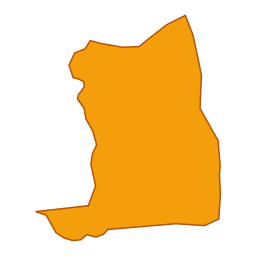 outline of Mityana
{"feature_id": "UGA-3094", "entity_name": "Mityana", "entity_type": "County", "adm_level": 1, "iso_a3": "UGA", "parent_name": "Uganda", "parent_adm1": "", "projection": "robinson", "projection_center": [32.026, 0.462], "detail": "fine", "context": "isolated", "style": "filled", "palette": "amber", "viewbox_px": 256, "rotation_deg": 0, "n_neighbors": 0, "source": "natural_earth", "source_scale": "10m", "svg_char_len": 672}
<svg xmlns="http://www.w3.org/2000/svg" viewBox="0 0 256 256"><path d="M122.4,47.2L139.1,46.6L147.1,40.0L167.1,24.5L185.3,15.4L193.0,35.2L198.9,62.8L201.4,75.4L200.0,108.4L218.1,140.7L220.2,165.8L219.4,175.0L220.4,193.4L218.8,219.0L204.7,225.6L175.6,223.7L167.8,224.4L116.6,228.7L107.9,229.4L103.5,234.3L96.0,237.1L86.8,234.7L80.8,239.8L72.8,240.6L63.4,237.6L55.9,232.6L46.3,215.3L35.6,211.6L88.3,205.7L95.6,186.0L90.9,164.3L92.5,153.6L96.6,144.9L92.9,131.3L85.9,118.9L84.2,108.5L77.5,99.0L78.5,94.3L81.7,90.7L84.2,86.5L83.7,81.6L78.7,79.1L73.1,77.6L69.0,65.1L74.7,52.9L85.2,48.8L90.2,40.6L100.6,43.4L122.4,47.2Z" fill="#f59e0b" stroke="#b45309" stroke-width="1.5"/></svg>